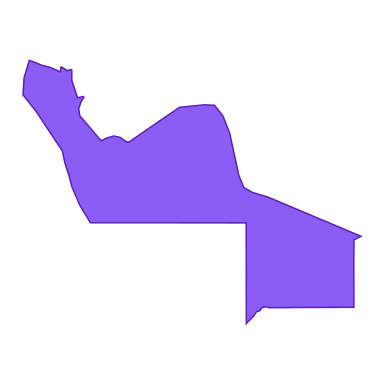 Al Dibab, South Kordufan, Sudan
{"feature_id": "16777658B84287593257313", "entity_name": "Al Dibab", "entity_type": "district", "adm_level": 2, "iso_a3": "SDN", "parent_name": "Sudan", "parent_adm1": "South Kordufan", "projection": "orthographic", "projection_center": [28.672, 10.319], "detail": "fine", "context": "isolated", "style": "filled", "palette": "violet", "viewbox_px": 384, "rotation_deg": 0, "n_neighbors": 0, "source": "geoboundaries", "source_scale": "gbopen_adm2", "svg_char_len": 1172}
<svg xmlns="http://www.w3.org/2000/svg" viewBox="0 0 384 384"><path d="M62.3,150.9L64.8,162.7L68.9,175.5L71.8,186.5L79.6,204.9L90.4,222.8L118.2,222.8L150.1,222.8L166.3,222.8L237.1,222.9L246.2,222.9L246.2,225.6L246.3,313.6L246.3,321.4L246.3,323.6L248.1,321.7L250.5,319.3L251.0,318.8L253.8,315.9L254.8,314.2L255.5,313.4L256.1,312.3L256.6,311.6L257.9,311.3L258.8,311.1L260.3,310.3L261.3,308.5L262.0,307.5L262.8,307.2L263.5,307.5L264.3,307.2L265.2,306.9L266.0,306.7L266.8,306.9L267.8,307.5L268.5,307.6L269.7,307.7L292.2,307.6L292.3,307.5L353.9,307.3L353.8,255.9L353.8,254.0L353.9,253.5L354.0,240.5L354.0,240.0L354.3,239.8L361.0,236.3L312.3,215.8L268.0,197.1L252.4,192.4L243.9,187.6L238.9,175.6L229.7,133.2L222.8,115.7L214.6,105.3L204.7,104.8L179.5,107.3L174.0,111.1L159.3,121.1L129.3,141.8L126.1,141.7L120.2,137.4L113.8,136.0L106.4,138.1L101.1,140.8L79.8,115.7L78.7,108.7L80.6,103.3L81.5,100.9L83.9,97.3L83.1,96.5L77.6,97.8L71.8,80.4L71.8,70.2L70.9,69.5L66.5,70.7L65.8,69.6L61.4,67.0L60.8,67.4L60.6,68.9L60.4,71.5L59.7,72.0L58.8,71.2L50.2,67.4L41.6,65.2L33.6,61.8L29.3,60.4L24.1,77.6L23.0,94.9L35.9,111.1L62.3,150.9Z" fill="#8b5cf6" stroke="#5b21b6" stroke-width="1.5"/></svg>